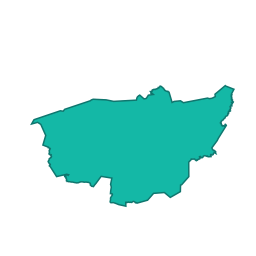 outline of Cosalá, Sinaloa, Mexico, rotated 292°
{"feature_id": "50627088B50408193042815", "entity_name": "Cosalá", "entity_type": "district", "adm_level": 2, "iso_a3": "MEX", "parent_name": "Mexico", "parent_adm1": "Sinaloa", "projection": "robinson", "projection_center": [-106.806, 24.52], "detail": "fine", "context": "isolated", "style": "filled", "palette": "teal", "viewbox_px": 256, "rotation_deg": 292, "n_neighbors": 0, "source": "geoboundaries", "source_scale": "gbopen_adm2", "svg_char_len": 5614}
<svg xmlns="http://www.w3.org/2000/svg" viewBox="0 0 256 256"><g transform="rotate(292 128 128)"><path d="M95.6,37.1L99.4,42.1L98.7,45.8L90.3,54.5L80.3,55.5L80.4,61.9L80.2,61.5L79.9,61.5L80.0,62.2L79.9,62.6L79.6,63.1L79.9,63.3L79.8,63.6L79.7,63.6L79.6,63.3L79.3,63.2L79.1,63.3L78.9,63.6L78.5,63.7L77.8,63.3L76.9,63.7L76.2,64.3L75.0,64.3L74.3,64.5L74.2,64.7L74.3,65.2L73.9,65.8L74.0,66.1L74.5,66.3L74.5,66.8L74.3,67.0L73.9,67.1L73.2,67.0L72.8,67.8L72.1,67.8L71.8,67.7L71.4,67.5L71.3,67.2L70.8,67.1L70.3,66.6L69.9,66.5L69.7,66.5L68.7,66.8L67.5,66.5L66.8,66.6L66.6,67.1L66.1,67.6L65.4,68.5L65.4,69.2L65.2,69.6L64.9,69.7L63.7,69.2L63.4,69.3L63.4,69.7L63.2,70.2L56.2,80.0L62.2,88.5L62.4,90.5L61.7,90.3L61.9,89.8L61.3,88.6L61.3,88.3L61.0,87.7L60.4,87.5L60.0,86.9L59.6,87.4L59.2,87.6L59.2,87.9L59.5,88.0L59.8,87.8L60.0,87.4L60.1,87.5L60.0,87.8L59.9,88.0L59.1,88.5L59.2,89.0L58.1,89.3L57.6,90.2L56.4,90.5L56.0,90.7L56.1,91.1L56.0,91.3L55.9,91.3L55.7,91.5L55.9,91.7L55.9,92.8L56.3,94.0L56.5,94.5L56.5,95.1L56.6,95.4L56.7,95.9L56.9,96.2L57.1,96.8L57.4,98.9L57.7,100.1L57.9,101.1L58.2,101.4L58.3,101.9L58.8,102.7L59.0,102.9L59.5,103.2L60.0,104.0L60.4,104.3L60.5,104.5L60.9,105.9L61.2,106.4L61.3,106.7L61.2,107.1L61.3,107.6L62.2,109.4L62.5,110.9L62.8,111.5L62.7,113.3L62.5,113.8L62.1,114.0L61.6,114.3L61.1,114.3L61.0,114.5L61.0,114.9L60.8,115.1L60.7,115.5L60.4,115.9L60.4,116.5L60.7,117.5L60.7,117.9L63.1,118.5L64.5,119.0L73.1,121.2L75.5,131.8L69.1,133.0L68.6,133.5L66.9,134.7L63.2,135.5L60.9,136.2L61.0,136.3L61.0,136.6L60.7,137.0L61.0,137.3L61.0,138.1L60.7,138.4L60.3,138.3L59.5,138.6L58.8,138.3L56.6,138.0L56.2,138.2L55.8,138.3L55.0,138.7L53.1,139.0L52.6,139.3L52.4,139.8L52.3,140.1L53.4,142.5L53.5,145.2L53.5,148.2L54.1,151.6L54.7,155.3L58.1,153.8L58.1,154.4L58.6,154.5L58.6,155.1L59.0,155.6L59.1,155.9L59.2,156.0L59.5,156.0L59.7,157.6L59.9,157.9L60.2,158.1L60.3,159.0L60.4,159.4L61.1,159.7L61.7,160.1L62.1,160.8L62.0,161.7L61.9,162.2L61.6,162.6L61.8,163.0L61.5,163.2L61.6,163.7L61.8,163.9L62.0,164.1L61.8,164.6L68.4,173.2L77.0,176.2L81.8,185.9L79.5,193.2L88.6,200.4L94.8,198.1L95.5,199.0L105.7,202.6L119.1,197.1L122.5,198.5L122.9,198.4L122.9,198.7L123.3,199.4L123.4,199.8L124.2,201.4L124.1,201.7L123.7,202.1L123.5,202.8L123.3,203.2L123.3,203.7L123.4,203.8L124.3,203.9L124.3,204.4L124.3,204.5L125.1,204.7L125.2,204.9L125.6,205.1L126.1,206.0L126.3,206.1L127.2,206.2L127.2,205.9L128.1,205.0L128.4,205.2L128.4,205.5L128.7,205.7L128.3,206.7L128.1,207.1L128.0,207.6L128.6,208.2L128.8,208.3L129.2,208.4L130.1,208.4L131.1,209.5L131.2,209.9L131.3,212.1L131.6,212.1L131.5,212.4L131.5,213.5L132.6,215.7L132.9,215.5L133.1,215.4L133.6,214.9L134.0,214.6L134.3,214.6L134.5,214.7L134.6,214.8L134.4,215.6L134.6,216.3L134.9,216.6L135.4,216.9L136.5,216.7L136.9,216.9L137.2,217.2L137.3,217.6L137.4,217.9L137.3,218.9L137.8,218.4L138.0,218.3L138.3,218.1L138.7,218.3L138.9,218.1L138.9,217.8L138.8,217.5L139.3,217.2L139.3,216.9L139.1,216.1L139.2,215.9L139.5,215.8L139.3,215.4L140.3,213.8L141.1,213.2L149.7,215.4L152.3,215.6L167.2,218.2L167.7,217.5L167.9,217.0L167.9,216.8L167.8,216.7L167.4,216.7L167.0,217.0L166.8,217.0L166.3,217.0L166.0,216.8L165.8,216.8L165.7,216.6L165.9,216.1L165.9,215.6L165.5,215.3L165.2,214.8L165.3,214.5L165.6,214.6L165.6,214.1L165.7,213.9L166.0,213.9L166.1,213.7L166.1,213.3L166.2,213.2L167.2,212.8L167.3,212.7L167.1,212.0L167.2,211.8L167.4,211.7L167.8,211.8L168.4,212.1L168.8,211.9L169.1,211.9L169.3,212.2L170.4,212.4L171.0,213.1L171.4,213.3L172.2,213.4L173.0,213.7L173.6,214.2L174.7,214.1L175.8,214.5L176.2,215.1L176.6,215.4L177.0,215.6L177.3,215.6L178.6,215.2L178.8,215.8L179.0,215.9L179.8,215.2L180.9,215.0L181.1,215.1L181.1,215.9L181.8,216.3L181.7,215.6L181.9,215.5L182.2,215.5L182.4,215.8L182.5,215.5L182.9,215.4L183.1,215.6L183.4,215.9L183.9,215.9L184.2,215.7L184.4,215.7L184.8,215.9L185.1,215.9L185.1,215.3L185.5,215.2L185.8,215.0L186.0,214.7L186.3,214.7L186.5,215.0L187.0,215.0L187.3,215.4L187.5,215.7L187.4,216.0L187.6,216.0L187.9,215.6L187.9,215.1L188.0,215.0L188.8,215.1L189.1,215.5L189.5,215.5L189.8,215.7L190.0,215.6L190.5,214.6L190.8,215.3L190.9,215.5L191.3,215.9L191.6,215.9L191.8,215.1L192.1,214.9L192.3,214.3L192.9,214.4L193.2,214.3L193.2,214.1L192.8,213.9L192.7,213.8L192.9,213.3L193.8,213.4L194.0,213.1L194.4,213.1L194.5,212.7L195.0,212.7L195.3,212.4L195.6,212.6L195.8,212.4L195.8,212.0L196.1,211.8L196.4,211.6L196.6,211.6L196.9,211.8L197.4,211.9L197.4,211.7L197.2,211.4L197.7,211.7L197.9,211.7L198.0,211.2L203.6,211.7L203.5,202.7L203.7,202.3L191.9,196.0L189.8,197.2L187.1,194.8L185.7,192.5L185.5,190.5L172.2,169.9L172.9,166.5L169.9,160.8L168.2,159.3L176.5,152.7L176.7,152.2L176.6,151.2L176.9,151.1L176.5,149.9L176.7,147.9L177.1,147.7L177.2,147.1L178.1,146.2L178.2,145.5L178.9,143.6L179.0,143.0L178.9,142.1L177.6,141.9L177.4,141.6L177.1,141.6L177.1,141.4L177.0,141.1L176.6,141.3L176.5,141.0L176.4,140.9L176.2,140.9L175.9,140.6L175.7,140.7L175.1,140.1L175.0,139.8L174.7,139.5L174.7,139.4L174.1,139.2L174.0,138.7L173.7,138.1L173.7,137.8L173.6,137.6L173.4,137.4L173.3,137.5L172.8,136.7L172.5,136.7L172.1,136.2L171.6,136.3L171.2,136.5L170.9,136.5L170.7,136.4L170.6,136.1L170.5,135.9L170.3,135.8L170.4,135.6L170.3,135.4L170.2,135.7L169.7,135.8L169.6,136.2L169.4,136.2L169.4,136.4L169.3,136.7L168.9,136.6L169.0,136.9L168.9,137.3L169.0,137.4L168.9,137.6L169.0,137.8L168.9,138.0L168.8,137.9L168.6,137.9L168.8,138.5L168.6,139.0L166.1,134.6L162.3,133.9L161.0,132.0L162.9,126.6L162.0,125.9L160.4,125.1L159.0,125.0L157.0,125.4L147.3,104.7L145.9,97.2L141.6,84.9L140.2,83.4L139.2,82.9L121.6,62.3L119.3,61.6L118.6,58.8L100.8,38.1L100.3,37.7L95.6,37.1Z" fill="#14b8a6" stroke="#0f766e" stroke-width="1.5"/></g></svg>